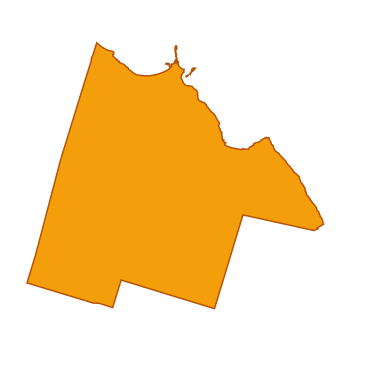 Copper Coast, South Australia, Australia, rotated 107°
{"feature_id": "25037944B48925496758456", "entity_name": "Copper Coast", "entity_type": "district", "adm_level": 2, "iso_a3": "AUS", "parent_name": "Australia", "parent_adm1": "South Australia", "projection": "equal_earth", "projection_center": [137.591, -33.943], "detail": "fine", "context": "isolated", "style": "filled", "palette": "amber", "viewbox_px": 384, "rotation_deg": 107, "n_neighbors": 0, "source": "geoboundaries", "source_scale": "gbopen_adm2", "svg_char_len": 5677}
<svg xmlns="http://www.w3.org/2000/svg" viewBox="0 0 384 384"><g transform="rotate(107 192 192)"><path d="M184.2,56.7L183.2,57.7L181.3,58.6L180.5,59.2L178.6,61.0L177.6,62.4L176.6,63.0L175.6,63.9L173.8,65.2L173.0,66.7L172.7,67.2L171.7,67.9L170.7,68.3L170.6,68.7L170.0,69.1L169.8,69.4L169.8,69.7L169.5,70.1L169.3,70.5L168.6,71.0L167.0,73.9L165.7,75.3L165.4,76.1L165.0,76.4L164.2,76.7L164.1,77.5L163.8,77.7L163.2,78.6L162.4,79.2L162.1,80.0L161.3,81.2L160.0,82.4L158.7,82.7L158.6,82.9L158.3,83.9L157.9,84.3L156.5,84.4L155.2,85.3L154.0,86.7L153.5,87.0L153.4,87.4L152.7,87.9L152.4,88.5L151.8,89.2L150.9,90.7L150.3,91.0L149.0,92.2L148.4,92.5L147.7,93.2L147.3,93.4L146.7,93.4L146.3,93.7L145.9,94.5L145.3,95.2L144.9,96.2L144.0,98.1L143.6,99.3L143.2,100.1L142.8,100.7L142.5,101.3L142.0,101.7L141.9,101.9L141.2,102.5L140.4,103.9L140.1,104.7L139.1,105.6L138.7,106.4L138.2,107.8L137.3,108.6L137.0,109.4L136.6,109.8L134.6,111.8L134.2,112.8L134.1,113.4L133.2,114.6L132.9,115.5L132.4,116.1L131.6,117.4L131.0,119.0L130.9,119.2L130.3,119.3L130.0,119.7L129.5,120.8L129.0,122.6L128.1,124.6L127.2,125.5L126.6,126.2L125.8,127.0L125.3,127.3L124.5,127.5L123.8,128.0L123.3,129.6L122.8,130.3L122.4,130.6L121.3,131.0L120.9,131.4L119.9,132.8L119.3,133.1L118.7,133.8L117.9,134.1L117.6,134.4L118.1,134.7L118.1,134.8L118.2,136.3L118.2,136.6L118.0,136.9L118.1,137.1L118.6,137.4L118.9,137.4L119.3,138.4L119.9,139.0L121.1,139.8L121.3,140.0L121.4,140.5L121.7,140.7L122.5,141.3L123.7,141.6L124.7,142.8L125.1,143.7L126.0,144.7L126.2,145.4L126.9,146.0L127.4,146.7L127.7,147.0L128.1,147.1L128.5,147.1L128.8,146.8L129.2,146.8L129.6,147.4L130.0,147.9L130.8,148.1L131.6,149.1L132.0,149.4L132.3,150.0L133.4,150.3L134.0,150.2L134.2,150.3L135.2,152.5L135.6,153.9L135.8,155.1L135.6,156.0L136.2,156.1L136.5,156.3L136.7,156.7L137.1,158.5L137.7,161.4L138.0,166.1L138.1,168.4L138.0,171.1L137.8,172.7L137.6,173.7L137.4,174.2L137.1,174.5L134.9,174.1L134.9,174.4L135.6,174.6L135.1,175.2L135.2,175.4L135.1,175.9L134.4,176.2L134.1,176.8L134.1,177.5L133.4,177.6L133.3,177.2L133.0,176.9L132.9,177.4L133.1,178.1L132.8,178.4L131.3,178.8L129.7,179.9L127.3,180.8L127.3,180.6L126.0,181.2L126.0,181.3L126.1,181.5L124.6,183.2L124.3,183.4L123.7,183.3L123.5,183.5L122.7,184.6L121.1,185.9L120.5,186.1L120.1,186.1L119.6,185.8L118.6,185.6L118.2,185.8L117.6,186.3L116.8,187.5L116.2,188.0L115.6,188.8L114.4,190.3L113.5,191.1L112.8,191.5L112.4,192.2L111.5,193.1L111.1,193.9L110.5,194.7L110.1,196.1L108.5,199.0L107.6,199.8L107.2,200.4L106.8,200.9L105.8,202.8L104.7,203.7L103.3,205.5L103.1,206.1L102.7,210.7L102.0,212.4L101.4,213.3L100.9,213.8L100.4,213.8L99.8,214.2L98.2,214.6L96.9,215.3L95.9,215.4L94.5,216.7L93.9,216.9L93.5,217.2L92.4,220.8L92.2,221.0L91.6,221.6L91.0,222.8L91.0,223.4L91.2,224.4L91.2,225.0L91.7,227.1L91.8,228.1L91.7,229.4L91.6,229.8L90.9,231.2L90.2,232.3L89.5,232.7L86.9,235.0L86.8,235.3L86.0,235.9L85.3,236.2L83.8,236.0L83.4,236.3L83.0,236.3L82.4,235.8L80.5,235.6L80.3,235.4L80.5,235.2L80.0,234.7L79.0,234.9L78.0,235.5L77.0,235.4L77.3,236.4L77.3,236.9L76.6,239.1L75.9,240.8L75.2,241.7L74.8,242.1L74.6,242.0L74.3,242.2L73.8,242.3L73.3,242.7L72.6,243.0L71.8,243.1L70.8,244.1L70.5,244.7L69.8,245.1L70.0,245.3L69.4,245.9L69.6,246.2L70.1,246.3L70.3,246.3L71.1,245.8L71.9,246.0L72.4,245.6L72.5,245.1L71.5,245.5L70.9,245.4L70.6,245.6L70.4,245.7L71.2,244.9L71.5,244.2L71.7,243.9L72.0,243.9L72.5,244.0L72.9,243.6L73.3,243.5L72.9,244.0L73.0,244.4L73.3,244.8L73.2,245.0L72.8,245.0L73.1,245.5L72.7,245.7L72.7,246.0L73.5,246.2L73.7,246.4L73.7,246.5L72.7,246.6L72.5,246.8L73.4,246.9L74.2,246.8L75.2,247.4L75.6,247.9L75.5,248.9L75.6,249.0L76.0,248.7L76.6,249.2L76.8,249.2L77.2,249.1L77.1,248.9L77.1,248.7L77.7,248.5L78.0,248.1L78.3,248.1L78.5,248.3L78.6,248.7L78.3,249.4L78.5,250.0L78.8,249.4L79.1,249.2L79.7,249.3L80.9,249.8L83.0,251.4L84.1,252.8L85.9,254.5L88.3,257.8L90.0,260.3L90.6,261.4L92.8,265.6L93.5,267.2L94.1,269.0L94.8,271.5L95.8,277.0L96.0,280.2L95.7,281.5L95.1,283.4L94.1,285.5L93.9,286.6L93.4,287.6L93.1,288.7L91.7,289.6L91.5,291.9L90.9,292.5L90.0,293.9L89.3,299.4L89.1,299.8L88.3,299.9L88.2,301.2L87.9,302.2L87.7,302.5L87.3,302.3L87.2,302.4L86.8,303.8L86.3,305.1L85.4,306.9L85.2,307.1L84.8,307.6L84.0,307.8L83.6,307.7L83.2,307.1L82.7,307.3L82.1,307.8L81.9,307.8L81.6,307.5L81.4,307.5L80.8,308.8L80.7,309.6L81.0,310.9L81.0,312.2L80.9,315.1L80.0,319.5L78.8,323.0L78.0,324.9L77.0,326.7L90.1,326.8L91.5,327.1L93.5,327.3L96.5,326.7L118.6,326.9L199.0,327.1L297.0,323.2L327.2,323.2L327.1,254.1L325.6,248.4L325.7,234.1L296.9,234.0L297.0,173.1L297.0,172.2L297.0,136.4L199.0,136.6L193.2,64.0L190.3,60.8L189.9,61.9L184.2,56.7ZM56.8,250.0L57.5,250.0L57.9,250.1L58.6,249.8L58.8,249.9L58.8,250.2L58.6,250.4L59.0,250.4L59.5,250.0L59.9,249.9L60.3,250.1L61.7,249.2L62.7,249.2L62.8,248.8L63.2,248.8L64.0,248.5L65.5,247.3L65.9,247.4L66.0,247.3L65.6,246.8L65.2,246.8L64.6,247.3L64.0,248.0L60.8,249.0L60.4,249.0L59.7,248.4L59.4,248.4L59.2,248.7L58.7,248.6L58.4,248.8L57.8,248.9L56.8,249.9L56.8,250.0ZM73.4,227.3L73.9,227.4L74.7,228.1L75.1,228.1L75.6,227.8L76.0,227.7L77.4,228.0L78.7,228.5L79.2,228.6L79.6,228.3L79.8,228.0L79.2,228.1L78.7,227.9L78.2,228.0L75.6,226.4L75.6,226.2L75.2,225.9L74.4,225.9L74.1,225.6L73.2,225.3L72.7,225.0L72.8,225.6L73.0,225.6L73.4,225.9L73.3,226.2L73.1,226.5L73.0,227.0L73.4,227.3ZM77.0,251.8L77.1,250.9L76.9,250.8L76.7,250.8L76.1,251.3L76.0,251.6L76.0,252.7L76.1,253.1L76.4,253.4L76.3,253.8L76.3,254.1L77.3,254.4L77.4,254.2L76.7,253.5L76.8,253.2L77.3,252.7L77.2,252.2L77.0,251.8ZM81.2,229.5L82.3,231.2L82.8,231.4L83.4,231.6L83.6,231.4L83.5,231.1L82.5,230.5L82.1,229.9L81.8,229.6L81.2,229.5ZM66.6,247.4L67.5,246.9L67.7,246.1L66.6,247.0L66.5,247.3L66.6,247.4Z" fill="#f59e0b" stroke="#b45309" stroke-width="1.5"/></g></svg>